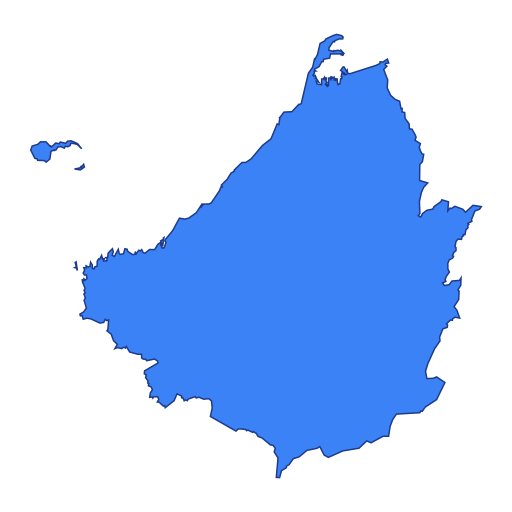 outline of Cavite, Cavite, Philippines
{"feature_id": "2640588B43067672764099", "entity_name": "Cavite", "entity_type": "district", "adm_level": 2, "iso_a3": "PHL", "parent_name": "Philippines", "parent_adm1": "Cavite", "projection": "robinson", "projection_center": [120.788, 14.278], "detail": "fine", "context": "isolated", "style": "filled", "palette": "blue", "viewbox_px": 512, "rotation_deg": 0, "n_neighbors": 0, "source": "geoboundaries", "source_scale": "gbopen_adm2", "svg_char_len": 5914}
<svg xmlns="http://www.w3.org/2000/svg" viewBox="0 0 512 512"><path d="M444.9,382.5L436.6,376.9L433.2,378.3L426.9,378.6L425.5,371.3L427.9,363.5L434.6,348.7L440.0,340.9L439.6,337.1L442.9,328.8L447.2,327.4L447.6,325.0L446.5,323.8L450.5,320.0L452.4,320.3L452.6,318.8L455.1,317.2L459.7,318.1L456.9,310.3L454.1,306.6L458.7,299.5L459.1,291.1L458.0,289.7L460.8,285.2L461.0,277.9L459.5,280.4L452.0,281.0L449.2,284.7L444.4,285.5L442.5,282.9L445.9,281.4L445.1,279.7L446.3,276.4L449.4,272.1L447.9,269.0L447.8,263.3L449.2,260.0L452.8,257.9L453.6,256.3L452.5,255.6L453.8,252.5L456.0,250.7L456.0,247.6L455.0,246.5L456.0,241.5L458.0,239.1L461.5,239.4L462.2,236.4L463.5,235.9L463.3,234.6L465.0,234.6L465.9,229.9L468.0,227.7L467.6,225.6L468.8,224.5L467.8,223.3L471.9,221.4L471.5,219.6L474.9,211.0L479.6,209.2L481.3,206.6L473.0,205.3L465.6,212.2L462.7,209.2L454.8,206.3L451.6,208.5L450.0,208.1L447.8,210.9L448.5,201.8L441.8,199.8L440.9,201.7L434.1,206.5L432.8,209.1L426.8,210.3L422.6,213.5L420.7,217.0L418.2,215.7L419.9,213.5L419.4,201.5L421.4,192.5L423.6,187.4L427.7,182.9L419.6,180.5L419.8,164.6L422.4,161.7L423.7,154.3L422.0,153.8L420.3,150.7L419.3,147.2L420.4,143.6L415.0,140.3L416.1,137.2L415.4,135.3L412.1,129.2L409.4,128.8L409.1,123.8L405.1,118.4L404.7,112.5L402.0,111.9L402.2,108.5L401.0,108.6L399.6,101.2L395.3,99.5L390.7,95.4L387.2,88.0L387.7,79.9L383.7,69.4L386.9,66.2L385.1,64.7L385.6,63.4L388.7,63.0L387.4,59.1L382.9,62.1L380.1,61.8L379.8,63.6L375.7,65.5L349.7,73.8L347.7,73.2L347.2,70.1L346.5,71.2L344.1,67.0L343.1,66.9L340.6,70.4L346.2,74.5L344.4,74.8L342.0,72.7L341.2,76.6L341.9,76.7L341.9,78.5L340.6,78.8L339.8,84.1L338.2,83.9L337.8,85.2L337.1,78.9L335.9,78.9L335.5,81.2L335.4,78.6L334.2,78.6L334.3,79.7L334.1,79.8L334.0,77.1L331.9,78.4L330.9,77.4L332.0,77.1L331.0,76.8L330.8,78.1L331.1,80.6L330.5,78.0L328.6,78.2L328.5,85.6L327.9,86.0L327.1,83.8L327.0,86.0L325.4,84.3L327.0,82.6L326.0,80.9L326.5,77.2L326.2,79.4L324.8,79.6L325.0,77.2L324.8,78.8L324.5,77.2L323.2,79.1L321.7,79.0L321.5,84.7L317.0,84.0L316.3,81.3L318.8,82.2L316.2,78.3L314.7,78.7L316.1,77.5L315.1,75.4L313.8,76.1L313.0,75.2L314.4,73.3L314.3,71.2L315.8,71.0L314.5,70.2L314.8,69.0L319.1,66.6L321.7,61.8L323.2,61.6L323.5,59.3L329.6,58.1L330.5,53.9L340.8,53.9L341.4,55.5L340.9,53.9L341.8,53.5L342.4,55.3L343.3,54.9L342.7,52.8L344.4,53.9L341.1,50.4L341.1,51.3L337.9,50.2L334.2,51.2L334.1,50.0L333.5,51.4L328.8,50.2L329.0,47.8L333.1,41.6L334.5,41.9L334.7,40.8L339.2,38.9L342.7,38.9L343.1,37.0L341.6,35.6L336.6,34.4L332.7,35.7L326.0,38.9L324.5,41.1L320.1,43.4L317.5,54.5L314.3,60.6L314.6,59.7L314.4,59.4L312.7,67.1L308.4,73.2L301.2,103.7L298.8,104.7L299.2,103.9L291.9,111.7L283.9,112.1L279.7,117.8L279.0,117.0L279.8,118.0L278.8,124.7L277.2,123.9L271.0,138.8L262.4,145.5L251.1,158.9L245.9,162.4L241.9,162.5L234.2,170.1L234.4,171.2L230.9,173.2L227.1,179.4L221.4,185.1L222.7,187.4L221.3,186.3L219.5,190.7L211.3,202.8L209.0,204.0L203.4,204.1L200.6,207.9L202.4,203.4L196.3,212.7L188.9,218.0L185.0,219.1L179.4,218.2L172.7,230.6L165.7,239.1L165.1,241.1L166.0,242.2L164.1,247.9L161.9,247.9L160.2,242.7L158.0,244.2L154.6,249.6L149.6,249.5L145.0,253.2L143.2,252.7L141.7,249.6L140.4,250.9L138.8,250.2L136.1,253.9L135.2,251.6L135.1,254.2L132.6,254.6L127.7,251.3L127.1,249.2L124.9,248.7L123.5,253.8L120.4,254.4L119.2,253.6L118.3,249.3L114.4,256.4L112.2,255.4L113.3,251.7L112.4,248.7L108.1,253.2L107.7,257.4L104.8,257.7L106.9,257.8L107.0,260.6L103.8,261.1L103.1,259.2L104.2,259.2L104.3,258.7L102.5,258.9L101.6,255.4L99.6,259.3L98.6,258.9L97.2,261.2L97.1,266.2L94.7,266.9L94.1,268.9L92.4,268.5L92.3,265.0L90.6,262.2L89.9,266.5L88.3,267.0L86.1,265.8L86.1,267.9L83.8,267.7L84.6,270.2L83.2,273.1L84.4,275.0L86.4,275.0L87.0,278.5L84.8,280.3L83.9,278.7L83.1,280.1L81.6,279.7L83.4,280.8L82.4,281.8L85.2,288.5L84.0,290.3L85.2,292.8L83.9,294.0L85.3,297.8L84.1,300.4L86.4,308.0L83.6,312.0L79.9,314.1L80.4,315.8L82.2,315.6L83.2,319.2L86.9,318.2L90.9,318.9L99.9,323.1L103.7,322.4L105.2,319.3L106.7,320.6L108.6,319.9L107.9,329.5L106.9,330.8L111.2,334.2L113.6,340.8L117.3,344.3L114.9,348.6L117.4,347.6L121.7,348.6L123.9,347.2L125.5,348.1L126.4,346.5L129.6,352.0L138.0,354.3L141.5,354.2L141.7,358.0L142.9,359.0L145.6,359.3L146.7,360.7L154.6,359.0L157.7,361.2L158.0,363.0L144.6,370.8L144.3,373.8L146.2,374.7L145.6,377.7L147.7,380.4L148.0,383.5L148.9,383.6L148.4,385.8L151.1,386.9L152.4,389.8L150.3,392.9L149.7,397.3L151.8,396.9L152.8,398.2L153.5,396.9L157.5,396.6L158.8,399.4L157.3,402.0L159.0,402.1L163.3,406.1L164.7,405.7L165.2,407.7L174.1,400.7L177.0,393.9L181.6,396.0L181.6,397.8L183.1,398.1L184.2,400.8L185.5,399.9L187.2,400.7L188.4,399.0L195.3,396.6L196.2,398.0L199.0,397.2L203.7,399.2L208.7,398.7L211.5,400.8L212.2,408.1L210.4,416.5L236.0,431.1L238.2,429.0L240.5,428.9L245.7,429.5L246.6,430.7L247.9,430.1L252.7,432.4L253.4,431.6L256.3,433.5L258.0,436.4L262.1,438.0L270.4,444.9L273.1,445.4L275.3,448.3L274.2,451.9L278.0,457.9L276.3,477.4L279.6,477.6L281.5,470.7L286.4,467.6L286.5,466.0L289.0,464.7L293.3,458.7L299.2,456.8L306.9,450.4L317.0,448.3L319.8,446.6L324.1,455.0L328.3,457.4L342.8,450.9L359.0,448.2L366.8,440.9L371.0,442.8L383.2,436.2L388.6,436.3L390.1,426.5L392.7,419.5L396.4,414.1L419.8,412.7L420.8,410.9L422.3,411.3L425.2,407.1L436.6,399.6L444.9,382.5ZM71.2,140.8L67.6,141.2L65.7,143.3L60.3,142.0L59.1,143.7L55.7,143.0L51.6,147.0L50.3,146.4L51.1,145.4L50.1,146.2L46.0,141.8L40.5,141.8L37.8,144.3L32.1,146.1L30.7,150.1L34.9,158.4L37.3,158.9L37.7,160.4L44.1,160.5L46.2,162.1L49.8,159.1L51.0,151.4L54.1,149.9L54.5,151.2L54.4,150.1L55.9,150.0L57.9,147.0L60.7,146.6L64.3,148.1L65.2,146.3L67.7,146.7L70.0,145.7L70.7,143.5L73.1,143.4L77.3,144.4L81.7,148.8L77.5,143.6L71.2,140.8ZM84.4,167.1L83.6,164.3L81.4,167.2L81.0,166.5L79.9,167.9L74.5,169.0L80.3,169.9L84.4,167.1ZM162.6,246.4L164.0,237.5L163.4,237.9L163.5,239.2L160.6,240.9L162.6,246.4ZM76.1,261.9L75.2,262.5L76.3,266.9L74.8,267.6L76.2,267.9L77.4,270.5L76.1,261.9Z" fill="#3b82f6" stroke="#1e3a8a" stroke-width="1.5"/></svg>